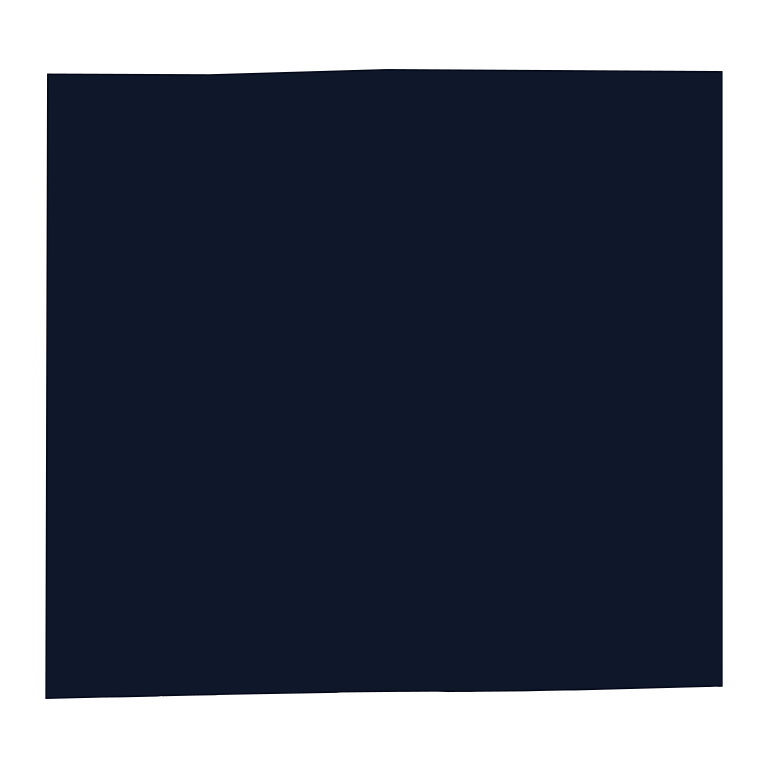 Decatur, Iowa, United States of America
{"feature_id": "52423323B8791661398177", "entity_name": "Decatur", "entity_type": "district", "adm_level": 2, "iso_a3": "USA", "parent_name": "United States of America", "parent_adm1": "Iowa", "projection": "equal_earth", "projection_center": [-93.771, 40.737], "detail": "fine", "context": "isolated", "style": "filled", "palette": "ink", "viewbox_px": 768, "rotation_deg": 0, "n_neighbors": 0, "source": "geoboundaries", "source_scale": "gbopen_adm2", "svg_char_len": 617}
<svg xmlns="http://www.w3.org/2000/svg" viewBox="0 0 768 768"><path d="M721.8,71.8L386.7,69.8L209.4,75.0L47.8,74.3L46.1,698.2L103.2,696.8L122.2,696.6L157.5,695.8L159.4,695.6L161.6,695.3L162.8,695.6L163.7,695.5L195.7,694.8L215.0,694.5L217.3,694.3L218.8,694.2L284.6,693.0L303.3,692.7L336.1,692.1L340.8,691.7L401.5,691.1L407.5,691.1L437.0,690.9L448.0,691.3L456.1,691.2L469.2,691.2L478.0,691.0L525.3,690.6L544.8,690.1L556.9,689.9L567.2,689.7L571.1,689.7L575.6,689.7L662.3,687.4L708.2,686.2L708.8,686.3L709.6,686.2L716.2,685.9L718.9,686.1L721.9,686.0L721.8,71.8Z" fill="#0f172a" stroke="#020617" stroke-width="1.5"/></svg>